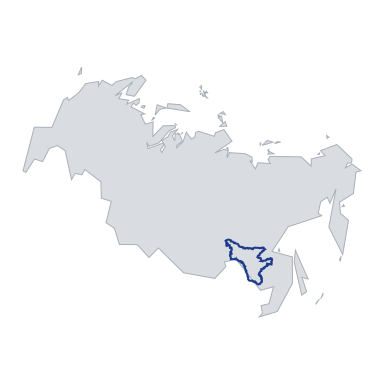 Amur highlighted on a map of Russia
{"feature_id": "RUS-2609", "entity_name": "Amur", "entity_type": "Region", "adm_level": 1, "iso_a3": "RUS", "parent_name": "Russia", "parent_adm1": "", "projection": "orthographic", "projection_center": [128.173, 52.947], "detail": "fine", "context": "in_parent", "style": "outline", "palette": "blue", "viewbox_px": 384, "rotation_deg": 0, "n_neighbors": 0, "source": "natural_earth", "source_scale": "10m", "svg_char_len": 9375}
<svg xmlns="http://www.w3.org/2000/svg" viewBox="0 0 384 384"><path d="M277.3,311.5L259.3,316.9L262.4,313.3L261.1,305.6L269.0,303.7L273.5,286.7L260.5,290.4L235.9,259.0L224.4,262.0L225.8,266.6L214.9,278.4L183.6,272.8L158.4,247.9L149.0,257.5L137.2,244.6L119.4,244.5L114.5,228.3L106.0,222.7L111.3,201.3L101.4,198.3L100.9,181.8L84.8,169.5L81.9,174.8L75.1,173.4L71.5,179.7L65.2,150.8L57.5,145.6L49.3,148.5L42.6,161.6L34.5,159.0L25.9,172.4L23.0,170.8L34.3,127.2L51.9,127.4L63.4,100.2L67.4,97.4L68.6,100.5L78.6,92.9L85.7,83.6L98.6,81.5L98.5,85.8L102.2,80.2L111.9,85.4L116.2,81.7L131.7,77.6L135.2,78.6L141.7,75.5L146.0,80.2L134.4,96.3L126.1,94.7L128.7,87.0L131.6,83.9L132.2,82.1L115.2,95.6L121.8,92.8L118.9,98.8L128.6,100.2L126.5,104.2L139.4,98.6L139.0,102.9L136.2,105.3L133.5,103.2L131.0,106.9L144.7,113.9L140.9,114.7L145.3,124.2L153.1,121.9L152.8,136.6L163.1,125.8L175.2,125.6L175.4,127.7L169.4,130.7L158.8,142.9L149.1,146.3L146.7,142.4L148.0,148.6L162.1,143.4L164.1,144.6L160.4,149.9L161.9,152.8L165.3,146.3L161.9,140.6L168.2,136.5L170.5,132.1L177.7,129.4L172.4,135.7L173.9,139.7L174.8,140.3L175.3,133.7L179.8,134.5L182.4,141.5L177.2,144.9L176.5,147.8L182.8,142.0L186.4,132.2L191.4,139.2L194.8,137.1L195.7,132.4L198.8,131.3L214.4,136.3L215.3,132.9L223.8,129.6L232.0,141.2L214.9,152.9L224.5,149.2L228.3,150.6L226.9,155.9L227.0,156.9L227.5,157.1L229.3,152.6L245.0,153.7L251.9,157.0L252.3,162.1L249.7,160.5L255.4,168.9L257.9,162.8L270.3,163.5L268.1,159.6L270.1,156.4L301.3,156.9L311.0,166.1L311.4,158.9L325.0,155.7L320.6,150.6L336.8,144.5L352.0,158.9L351.6,162.8L347.4,163.2L345.3,167.9L352.1,164.1L361.0,170.7L356.0,172.1L353.4,193.5L339.5,202.1L340.5,213.4L348.5,220.3L342.7,254.5L328.9,227.1L336.0,188.8L330.0,203.4L327.2,197.3L320.7,201.7L318.2,213.3L321.6,215.7L288.2,226.7L272.0,251.4L292.3,256.9L292.5,283.3L277.3,311.5ZM189.9,111.7L166.9,108.0L167.9,103.7L180.4,104.7L189.9,111.7ZM295.4,250.3L308.1,279.0L302.0,277.3L306.6,291.7L301.7,295.2L294.2,262.1L295.4,250.3ZM157.2,104.8L166.3,108.0L159.6,109.4L155.1,115.2L157.2,104.8ZM262.3,145.3L267.3,140.4L273.0,142.2L262.3,145.3ZM221.6,116.0L222.7,122.7L218.3,117.6L221.6,116.0ZM223.2,111.6L225.4,114.6L219.8,113.5L223.2,111.6ZM225.1,121.6L226.9,126.2L219.7,126.4L225.1,121.6ZM274.6,143.6L277.1,141.7L280.7,142.0L274.6,143.6ZM81.6,67.1L81.4,73.6L78.3,74.7L81.6,67.1ZM200.8,88.2L202.2,89.7L199.4,86.7L200.8,88.2ZM269.5,151.5L273.8,153.8L267.9,154.0L269.5,151.5ZM144.0,108.3L141.3,107.1L142.5,105.6L145.1,105.7L144.0,108.3ZM203.4,91.1L204.9,92.3L204.2,93.5L203.4,91.1ZM205.8,96.2L203.4,96.4L203.6,94.9L205.0,94.7L205.8,96.2ZM206.3,97.9L205.9,96.5L207.5,98.0L206.3,97.9ZM154.7,117.8L151.6,120.6L153.4,117.5L154.7,117.8ZM220.1,116.2L218.2,116.4L218.3,114.8L220.1,116.2ZM206.2,91.1L207.6,92.8L205.9,92.7L206.2,91.1ZM328.9,137.3L327.0,138.3L326.7,135.4L328.9,137.3ZM201.8,86.3L201.4,87.7L200.8,85.2L201.8,86.3ZM176.4,124.9L174.6,123.4L176.6,124.8L176.4,124.9ZM227.8,147.3L228.1,149.7L226.7,148.0L227.8,147.3ZM320.0,152.6L319.1,154.4L317.8,154.3L320.0,152.6ZM202.1,94.9L202.4,93.6L202.5,95.4L202.1,94.9ZM205.9,93.1L204.8,94.2L205.2,92.7L205.9,93.1ZM323.2,292.9L322.7,295.2L320.7,298.9L323.2,292.9ZM201.5,93.2L200.4,94.4L200.2,93.4L201.5,93.2ZM180.0,134.1L177.9,133.6L177.8,133.2L180.0,134.1ZM344.5,206.2L342.2,206.7L343.5,204.7L344.5,206.2ZM268.8,149.6L268.4,151.4L267.7,150.2L268.8,149.6ZM279.0,248.7L279.8,251.5L278.2,251.0L279.0,248.7ZM341.2,256.3L340.5,260.8L339.4,259.9L341.2,256.3ZM200.6,91.8L199.8,91.1L200.2,90.7L200.6,91.8ZM183.2,132.6L181.6,133.6L181.7,133.0L183.2,132.6ZM261.0,144.0L260.2,145.2L260.2,142.9L261.0,144.0ZM316.1,303.0L319.5,299.0L316.1,303.7L316.1,303.0Z" fill="#d9dde1" stroke="#a8b0b8" stroke-width="1"/><path d="M235.5,259.1L234.9,258.8L234.5,259.1L233.5,259.2L232.1,259.2L231.8,258.9L230.9,259.2L230.9,258.7L230.7,258.3L230.8,257.8L230.7,257.6L230.7,257.1L230.4,256.3L230.2,256.3L230.0,256.0L230.0,255.6L230.0,255.4L230.4,255.3L230.3,254.9L230.4,254.6L230.2,254.2L230.4,253.9L230.7,253.8L230.8,253.9L230.9,254.2L231.6,254.0L231.7,253.9L231.7,253.7L231.1,253.1L231.2,252.8L231.0,252.6L231.2,252.4L231.1,252.1L231.1,251.9L230.6,252.1L230.3,252.1L230.4,251.7L231.4,250.9L231.4,250.2L231.7,249.9L231.4,249.7L231.7,248.6L231.7,248.3L231.6,248.1L231.5,247.6L231.1,247.5L230.9,247.6L230.7,247.9L230.4,248.0L230.1,248.0L229.9,248.0L229.8,247.8L229.9,247.5L229.8,246.8L230.0,246.4L229.8,246.1L229.8,245.6L229.7,245.2L229.3,245.3L229.0,245.1L228.7,245.2L227.5,245.6L227.4,245.8L227.1,245.8L227.0,245.5L226.8,245.5L226.5,245.7L226.4,245.4L226.5,245.2L226.5,244.9L226.3,244.5L226.3,244.2L226.6,244.2L226.9,244.0L227.8,243.9L227.8,243.6L227.4,243.4L227.5,243.2L227.1,242.9L227.1,242.6L226.3,242.3L226.2,242.0L225.9,241.7L226.0,241.5L226.1,241.4L226.1,241.2L225.9,241.1L225.7,240.9L225.6,240.7L226.3,240.2L226.7,240.2L227.6,239.7L229.3,239.7L229.7,239.8L229.8,240.1L230.8,240.2L231.0,240.5L231.0,240.9L231.2,241.1L231.3,241.3L231.2,241.5L232.8,241.6L233.1,242.1L233.7,242.4L233.7,242.6L233.9,242.8L234.0,243.1L234.5,243.1L234.6,242.6L234.9,242.6L235.0,242.8L235.3,243.1L236.0,243.6L237.8,243.9L238.0,244.2L238.2,244.7L238.6,245.1L238.7,245.6L239.1,245.7L239.2,246.1L239.3,246.5L239.9,246.6L240.2,246.9L240.8,247.0L241.7,246.8L242.2,247.0L242.2,247.3L242.5,247.6L243.4,247.3L244.1,247.8L244.1,248.0L244.3,248.2L244.1,248.2L244.0,248.4L244.7,248.4L245.1,248.6L245.4,248.5L245.5,248.2L245.9,248.1L245.9,248.3L246.0,248.4L246.5,248.3L246.7,248.2L247.3,248.0L247.5,247.9L247.8,248.1L248.0,248.4L248.3,248.7L248.6,248.6L248.7,248.2L248.9,248.0L249.2,248.1L249.3,248.3L249.6,248.3L250.6,248.1L251.2,248.5L251.4,248.9L252.0,248.9L252.0,249.0L252.8,249.2L253.1,249.1L253.2,248.8L253.2,248.6L253.0,248.3L253.0,248.2L254.9,247.6L255.4,247.8L255.7,247.7L256.0,247.9L258.0,247.7L259.3,248.2L259.5,248.0L260.0,248.1L260.3,248.0L260.7,248.1L260.8,247.9L261.4,248.1L261.8,247.8L262.3,247.9L262.7,247.5L263.6,247.6L264.0,248.2L263.9,248.4L263.9,248.6L264.3,249.0L264.6,249.0L264.9,249.2L264.4,249.4L264.1,249.3L264.1,249.5L264.2,249.8L263.9,250.2L263.2,250.3L263.1,250.5L263.4,250.8L262.9,251.1L262.3,251.1L262.0,251.4L262.2,251.8L261.6,252.2L261.5,252.5L261.2,252.6L260.8,252.9L260.4,253.0L259.8,253.5L259.9,253.9L259.6,255.1L259.4,255.3L259.0,255.1L258.7,255.3L258.4,255.4L257.7,256.2L257.7,257.0L257.4,257.2L257.4,257.4L257.6,257.5L258.2,257.5L258.8,257.7L258.9,258.0L259.1,258.1L259.3,257.9L259.7,257.8L260.7,258.1L260.8,258.8L261.0,259.1L260.9,259.4L261.2,260.4L261.1,260.7L260.9,260.9L262.2,260.8L262.2,261.2L262.4,261.4L262.8,261.3L263.0,260.8L263.9,260.6L264.6,260.7L265.5,260.6L265.7,260.3L266.3,260.2L266.5,259.5L267.2,259.0L267.4,259.1L267.6,258.8L267.8,258.8L268.1,259.2L268.3,259.0L269.0,259.3L269.4,259.0L269.6,259.0L269.6,258.8L270.3,258.7L270.3,258.3L270.6,258.1L271.3,258.5L271.4,258.8L271.6,258.8L271.6,259.0L271.9,259.1L271.9,259.3L271.6,259.3L271.6,259.6L271.9,259.7L272.1,260.0L271.8,260.4L271.8,260.7L271.9,260.9L271.7,261.1L271.3,261.7L271.4,262.1L271.2,262.1L271.3,262.5L271.5,262.7L271.4,262.9L271.7,262.9L271.8,263.2L271.4,263.8L271.4,264.1L271.5,264.2L271.5,264.5L271.2,264.5L270.0,264.2L269.7,264.3L269.4,264.0L269.0,264.2L268.8,264.0L268.2,264.0L267.6,263.6L267.1,263.5L266.9,263.8L266.9,264.1L267.0,264.3L266.9,264.7L267.2,264.9L267.2,265.2L267.6,265.6L267.3,266.0L266.3,266.3L265.7,266.3L265.5,266.5L264.9,266.9L264.8,267.0L264.7,267.5L264.4,267.5L264.5,268.0L264.0,268.4L263.8,268.3L263.4,268.6L263.2,268.4L263.0,268.8L262.6,268.7L262.2,269.1L261.2,269.2L261.2,269.3L261.1,269.6L261.2,269.9L261.5,270.3L261.5,270.9L261.3,271.0L261.0,270.8L260.8,271.0L260.5,271.5L260.1,271.6L259.7,272.7L259.3,272.8L259.2,272.9L259.2,273.2L259.3,273.2L259.4,273.5L258.9,274.3L259.0,274.5L258.8,274.7L259.1,275.0L259.2,274.7L259.8,274.7L260.1,275.2L259.9,275.5L259.6,275.7L259.6,275.8L259.8,276.0L260.0,276.2L260.5,275.9L260.7,276.4L261.1,276.2L261.2,276.7L261.6,277.1L261.7,277.4L261.4,277.7L261.2,277.8L261.2,278.2L261.7,278.3L261.9,278.6L261.9,279.5L261.4,279.7L261.5,279.9L261.9,280.2L262.0,281.2L261.7,282.2L261.4,282.2L261.2,282.1L260.9,282.2L260.4,283.2L260.4,283.4L260.3,283.7L259.7,283.6L259.2,284.0L258.8,284.4L258.4,284.2L257.7,284.3L256.6,283.5L256.5,283.2L256.3,283.1L256.3,282.8L255.9,282.6L255.8,282.2L255.2,282.1L255.1,281.6L255.0,281.4L254.6,281.4L254.6,281.7L254.5,281.9L254.1,281.6L253.6,281.8L253.3,281.4L252.9,281.2L252.5,281.2L252.4,281.0L252.6,280.9L252.6,280.7L252.2,280.5L251.2,280.6L250.9,280.8L250.1,280.8L249.7,280.5L249.3,280.6L248.8,280.2L248.7,279.8L248.2,279.5L248.1,279.3L248.2,278.8L248.1,278.2L248.4,277.7L248.4,277.3L247.6,276.8L247.6,276.6L247.7,276.2L247.4,275.9L247.7,275.3L247.4,274.8L247.4,274.4L247.2,274.2L247.0,273.5L246.3,272.7L246.2,271.9L246.4,271.4L246.2,271.3L246.1,271.7L245.9,271.6L245.9,271.3L246.2,271.1L246.2,270.9L245.8,270.8L245.8,270.5L246.0,270.3L245.5,269.9L245.6,269.6L245.6,269.3L245.6,269.2L245.4,269.0L244.7,267.7L245.0,267.4L245.1,266.9L244.3,266.6L244.3,266.4L244.8,266.2L244.4,265.9L244.5,265.6L244.2,265.1L244.0,264.8L243.6,264.4L243.4,264.6L243.3,264.3L243.3,264.1L243.6,264.0L243.5,263.7L243.3,263.5L243.0,263.0L242.9,262.7L242.3,262.8L242.6,262.3L242.2,261.9L241.9,262.0L241.8,261.7L240.7,261.0L240.0,261.1L239.9,261.2L239.9,261.5L239.6,261.3L239.4,261.3L239.2,261.0L238.4,260.8L238.2,260.6L237.9,260.0L237.5,260.1L237.1,259.5L236.8,259.3L236.2,259.2L236.0,258.9L235.7,259.1L235.7,258.9L235.5,259.1Z" fill="none" stroke="#1e3a8a" stroke-width="2"/></svg>